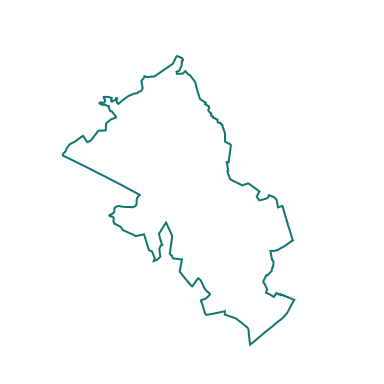 the district of Rembates pag., Keguma, Latvia, rotated 291°
{"feature_id": "27541924B57720709752494", "entity_name": "Rembates pag.", "entity_type": "district", "adm_level": 2, "iso_a3": "LVA", "parent_name": "Latvia", "parent_adm1": "Keguma", "projection": "albers", "projection_center": [24.823, 56.781], "detail": "fine", "context": "isolated", "style": "outline", "palette": "teal", "viewbox_px": 384, "rotation_deg": 291, "n_neighbors": 0, "source": "geoboundaries", "source_scale": "gbopen_adm2", "svg_char_len": 5718}
<svg xmlns="http://www.w3.org/2000/svg" viewBox="0 0 384 384"><g transform="rotate(291 192 192)"><path d="M82.4,249.4L85.9,255.3L92.5,265.5L89.3,266.5L89.5,271.8L89.6,274.4L89.7,278.4L87.1,286.8L85.4,292.0L85.1,292.5L84.8,293.1L83.5,294.3L80.0,295.8L70.3,300.9L74.6,303.5L77.6,305.2L88.9,311.3L95.5,315.3L99.5,317.4L105.8,321.3L110.1,323.1L113.2,324.2L124.0,325.5L127.9,326.2L128.1,319.3L128.3,319.1L128.2,318.8L128.1,318.5L128.0,318.4L127.9,318.2L128.0,317.9L128.1,317.6L128.3,317.2L128.5,316.7L128.2,316.1L128.0,315.4L127.9,315.2L128.0,315.1L128.4,314.3L128.5,313.9L128.4,313.7L128.2,313.4L128.1,313.2L128.1,312.8L128.2,312.7L127.7,312.3L127.6,312.1L127.8,312.0L127.9,311.8L127.6,311.5L127.7,310.9L127.8,311.0L128.0,311.0L128.2,310.8L128.1,310.7L127.8,310.5L127.7,310.2L127.5,309.8L127.7,309.6L127.6,309.4L127.8,309.3L127.7,309.1L127.6,308.8L127.8,308.2L127.8,307.6L127.9,307.4L127.9,307.0L125.7,306.4L125.6,306.7L124.2,306.1L123.4,306.0L123.5,304.6L123.8,303.9L124.4,300.9L124.5,297.1L127.1,297.1L127.9,297.2L129.1,295.9L131.1,293.9L132.2,292.9L132.8,291.3L133.5,291.3L134.2,290.6L136.0,290.7L141.1,291.3L141.3,292.4L146.7,294.6L150.2,294.1L150.2,294.3L151.4,294.5L153.8,293.8L154.7,293.6L156.8,292.6L157.4,291.1L158.3,290.5L165.1,286.3L165.5,287.1L166.0,288.8L166.3,289.5L166.6,290.1L166.9,290.5L168.1,291.9L168.1,292.4L168.4,292.5L168.6,292.7L169.4,293.6L170.6,294.3L173.7,297.1L179.7,301.2L181.2,302.1L183.1,303.5L183.3,303.1L186.5,300.7L191.4,296.9L195.9,293.1L196.6,292.8L207.2,284.6L211.4,281.5L208.4,277.8L208.5,277.7L214.7,274.0L216.5,270.9L216.6,266.7L216.7,265.9L216.6,265.5L216.6,264.9L214.3,265.1L213.4,264.5L211.9,263.1L208.3,257.8L209.6,255.9L210.7,254.2L211.0,254.0L211.3,254.1L216.7,254.7L218.4,248.5L218.4,248.4L219.2,245.6L220.1,242.2L220.2,241.3L218.7,239.6L217.9,238.5L217.2,237.7L216.2,236.6L216.7,232.1L217.0,228.4L216.9,227.7L217.7,222.9L224.0,217.5L224.7,218.2L232.4,213.7L232.7,215.5L244.4,212.8L249.7,211.5L250.2,210.8L250.3,210.5L250.5,207.5L250.6,206.3L250.7,205.0L254.9,203.2L258.4,201.9L264.6,196.7L265.2,196.6L265.5,196.3L265.5,195.8L265.6,195.2L265.8,194.8L266.0,194.6L266.3,194.5L266.4,194.3L266.7,193.8L266.7,193.3L266.2,192.2L266.2,191.4L266.5,190.9L267.4,190.4L268.7,189.9L268.8,189.7L268.6,188.6L268.6,188.1L269.1,187.4L269.1,186.7L268.9,185.8L268.8,185.2L269.1,184.9L270.0,184.6L270.0,184.4L269.9,184.1L269.8,183.4L269.8,183.1L269.9,182.8L270.2,182.5L271.0,182.1L271.4,182.0L271.7,182.1L271.9,182.1L272.0,182.1L272.2,181.9L272.4,181.6L272.5,181.3L272.5,181.1L272.4,181.0L272.4,180.7L272.9,179.7L273.5,178.6L274.0,178.1L274.1,177.9L274.4,177.7L274.8,177.7L276.1,177.8L276.8,177.8L277.7,177.4L277.8,177.3L278.1,176.9L278.0,175.8L278.0,175.3L278.5,174.6L278.8,172.6L280.2,173.0L281.6,166.3L288.0,161.0L288.5,160.8L288.6,160.7L290.1,159.5L295.8,155.6L299.6,149.4L300.2,148.6L300.6,145.8L300.7,145.7L302.5,142.5L299.1,140.8L296.9,135.5L298.7,134.5L300.6,136.6L306.4,137.0L309.3,135.9L309.4,136.1L310.8,135.6L311.6,136.4L312.5,136.0L312.9,135.2L313.5,134.8L313.6,133.7L313.4,132.9L313.7,129.7L313.6,129.4L312.2,128.8L304.9,128.2L292.2,119.4L290.0,118.0L286.2,115.2L284.2,111.0L283.2,108.8L283.1,106.1L281.9,106.4L277.7,104.8L271.3,108.7L270.9,108.7L270.2,108.6L268.4,108.4L268.1,108.3L268.0,108.2L267.1,107.0L266.7,106.7L264.9,105.6L264.6,105.4L262.8,102.2L261.7,101.3L258.9,98.3L252.7,94.3L247.8,91.7L248.6,89.9L251.2,88.4L252.6,88.5L252.5,87.5L251.0,87.9L247.6,84.7L248.3,83.7L251.0,83.4L250.9,81.3L250.5,78.9L249.1,75.6L247.7,76.3L247.2,77.6L246.2,78.2L244.0,78.2L242.6,74.0L241.5,73.9L241.1,76.1L242.1,79.8L242.4,83.7L241.3,83.7L238.1,86.8L238.7,88.0L235.3,93.6L235.1,93.8L234.3,94.4L231.6,91.3L231.0,90.5L225.4,87.2L218.6,89.4L218.4,89.2L215.7,82.7L213.6,82.0L206.0,79.8L204.2,79.2L203.7,79.1L201.0,76.4L202.1,74.8L204.6,71.3L205.4,70.1L203.0,68.5L203.0,68.4L202.9,68.4L197.8,65.0L197.5,64.8L197.1,64.7L194.1,61.9L192.6,60.7L190.3,60.0L188.9,59.6L188.1,59.4L187.8,59.3L187.1,59.4L184.9,59.4L183.2,58.7L180.9,57.8L180.5,57.9L179.6,58.7L179.7,59.0L178.7,70.9L177.9,79.3L176.8,90.7L176.7,92.1L176.5,93.4L176.0,97.1L175.3,105.6L174.3,113.6L173.2,124.7L172.2,131.2L171.8,135.0L171.0,141.1L170.7,144.1L170.4,144.4L169.8,144.1L168.7,143.5L167.2,143.0L166.2,142.9L165.4,143.0L163.8,143.5L162.0,144.2L160.7,144.5L159.8,144.5L159.0,144.2L158.0,143.7L157.5,143.2L156.2,141.4L155.5,138.6L154.9,137.3L154.6,136.4L154.3,135.8L153.5,132.8L153.2,131.9L152.8,129.1L152.5,128.2L151.3,126.8L149.9,125.7L149.2,125.5L148.1,125.6L146.8,126.2L146.0,126.5L145.1,126.4L143.7,125.8L141.9,124.4L141.4,123.7L141.2,123.5L140.8,123.4L140.3,123.3L140.1,123.8L140.0,124.8L140.1,125.4L140.4,126.0L140.5,126.6L140.3,127.4L139.9,128.0L139.2,128.5L136.8,128.9L136.0,129.8L135.5,130.1L135.0,130.6L134.6,130.9L134.7,131.1L134.5,133.3L134.1,136.2L133.9,137.8L133.8,138.2L131.7,141.1L131.6,143.0L131.2,148.8L131.2,151.2L131.0,153.1L130.6,155.2L133.2,159.2L135.3,162.3L130.8,166.0L128.5,167.7L124.4,170.9L122.3,172.8L122.3,175.8L116.8,181.0L113.9,181.0L116.2,183.8L120.2,185.6L123.3,183.9L127.3,181.9L131.0,182.0L132.0,183.3L133.7,181.5L136.0,179.8L136.0,179.7L138.0,178.3L141.2,176.1L141.3,176.2L146.4,177.2L154.2,178.7L150.7,182.3L145.1,188.1L143.6,189.4L135.5,191.3L132.8,191.9L126.4,193.4L125.7,194.9L125.4,196.1L124.5,196.4L123.2,198.0L125.4,206.8L113.3,209.0L109.4,215.5L107.4,219.2L105.3,222.8L105.5,222.8L104.6,224.1L103.9,225.7L103.9,225.9L104.1,226.0L105.0,226.4L105.8,226.6L106.6,226.8L112.2,228.2L113.7,228.7L112.7,231.8L106.5,238.2L104.9,240.9L103.5,244.8L103.4,245.0L102.9,245.5L100.4,244.6L100.0,244.3L98.3,243.5L97.6,243.2L96.8,242.2L94.7,239.8L94.2,239.3L93.0,240.1L92.9,240.0L89.9,242.7L89.2,243.3L88.6,243.6L84.1,247.1L83.3,247.9L82.4,249.4Z" fill="none" stroke="#0f766e" stroke-width="2"/></g></svg>